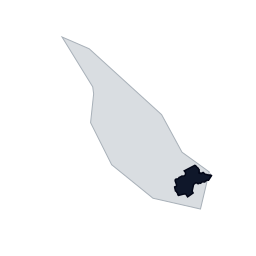 location of Ngchesechang, Airai, Palau, rotated 303°
{"feature_id": "81905179B88239301587184", "entity_name": "Ngchesechang", "entity_type": "district", "adm_level": 2, "iso_a3": "PLW", "parent_name": "Palau", "parent_adm1": "Airai", "projection": "albers", "projection_center": [134.583, 7.399], "detail": "fine", "context": "in_parent", "style": "filled", "palette": "ink", "viewbox_px": 256, "rotation_deg": 303, "n_neighbors": 0, "source": "geoboundaries", "source_scale": "gbopen_adm2", "svg_char_len": 2943}
<svg xmlns="http://www.w3.org/2000/svg" viewBox="0 0 256 256"><g transform="rotate(303 128 128)"><path d="M135.4,220.1L99.5,232.9L82.7,187.2L88.3,134.3L112.1,93.7L137.9,80.6L143.3,76.0L168.4,23.1L173.3,52.3L157.5,148.9L137.1,186.5L135.4,220.1Z" fill="#d9dde1" stroke="#a8b0b8" stroke-width="1"/><path d="M98.9,207.0L102.9,210.7L104.1,212.3L102.7,215.5L106.1,216.9L109.0,218.0L109.9,216.2L116.3,213.8L117.7,214.2L118.0,214.4L118.9,214.5L119.1,214.7L119.3,215.1L119.5,215.6L119.3,215.9L119.3,216.0L119.2,216.4L119.4,216.9L119.5,217.2L119.6,217.4L119.8,217.6L120.5,217.7L121.0,218.0L121.0,218.7L121.1,218.9L121.5,219.0L121.8,219.2L122.1,219.3L122.3,219.3L122.6,219.3L123.1,219.5L123.3,219.7L123.4,219.9L123.7,220.3L124.3,221.5L124.6,221.8L124.8,221.8L125.0,221.9L125.3,221.8L125.6,221.8L126.0,221.9L126.1,222.0L126.3,222.4L126.5,222.5L127.2,222.6L127.4,222.7L128.0,224.0L133.6,224.0L133.7,223.8L133.7,223.7L133.5,223.4L133.4,223.3L133.4,223.2L133.2,223.0L133.2,222.9L133.1,222.7L132.9,222.6L133.0,222.5L132.9,222.5L132.9,222.4L133.0,222.2L132.9,222.1L132.9,221.9L132.6,221.8L132.6,221.7L132.5,221.4L132.4,221.4L132.4,221.1L132.4,220.9L132.2,220.8L132.1,220.7L132.0,220.4L132.0,220.2L132.1,219.9L132.0,219.7L131.9,219.6L131.9,219.4L131.8,219.2L131.7,219.1L131.7,218.9L131.5,218.7L131.4,218.4L131.3,218.2L131.2,217.8L131.2,217.7L131.3,217.5L131.2,217.3L131.2,217.2L131.3,217.0L131.4,216.9L131.4,216.7L131.4,216.4L131.5,216.3L131.5,216.2L131.6,215.9L131.7,215.5L131.6,215.3L131.6,215.2L131.4,215.0L131.2,215.0L131.1,214.9L130.9,214.8L130.8,214.7L130.7,214.6L130.5,214.4L130.4,214.4L130.2,214.4L129.9,214.3L129.8,214.2L129.7,214.2L129.7,214.3L129.5,214.2L129.4,214.1L129.4,213.9L129.2,213.9L129.3,213.9L129.4,213.7L129.3,213.4L129.5,213.2L129.6,212.9L129.7,212.7L129.7,212.4L129.5,212.2L129.4,212.2L129.2,212.2L128.9,212.2L128.9,211.9L129.0,211.8L129.4,211.8L129.5,211.8L129.5,211.7L129.8,211.5L130.0,211.4L130.3,211.3L130.5,211.3L130.6,211.2L130.8,211.0L131.0,210.9L131.0,210.7L131.3,210.5L131.5,210.4L131.7,210.2L131.8,210.2L131.8,209.9L131.9,209.7L132.0,209.5L132.1,209.4L132.1,209.2L132.3,209.0L132.3,208.9L132.4,208.6L132.5,208.5L132.5,208.4L132.6,208.2L132.6,207.9L132.6,207.7L132.6,207.4L132.6,207.2L132.6,206.9L132.7,206.7L132.8,206.7L132.9,206.4L132.8,206.2L133.0,205.8L133.0,205.7L133.2,205.4L133.2,205.2L133.1,204.9L133.1,204.7L133.1,204.4L122.7,198.5L122.1,200.2L121.6,200.7L121.0,201.2L120.2,201.4L119.8,201.6L119.2,201.6L118.6,201.4L118.2,201.0L117.7,200.5L117.2,199.6L116.7,199.1L116.1,199.0L115.6,198.6L114.9,198.2L114.4,197.8L113.9,197.8L113.4,197.8L112.9,197.7L112.6,197.6L112.0,197.0L111.4,196.1L110.5,195.8L109.9,196.0L109.3,196.4L106.8,199.6L105.7,200.3L105.2,200.2L104.8,199.9L104.5,199.5L104.3,199.4L104.0,199.2L103.7,199.4L101.4,201.8L101.1,202.0L101.1,203.4L100.6,204.0L100.7,204.4L100.6,204.9L100.1,205.1L99.8,205.5L99.5,205.8L99.6,206.4L99.0,206.6L98.9,207.0Z" fill="#0f172a" stroke="#020617" stroke-width="1.5"/></g></svg>